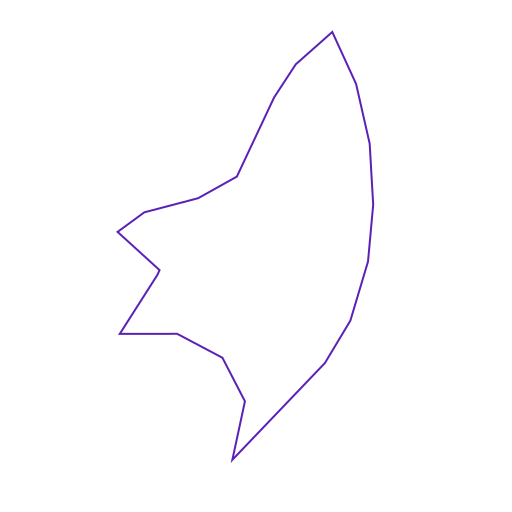 the border of Kermadec Islands, rotated 69°
{"feature_id": "NZL-5471", "entity_name": "Kermadec Islands", "entity_type": "state/province", "adm_level": 1, "iso_a3": "NZL", "parent_name": "New Zealand", "parent_adm1": "", "projection": "equal_earth", "projection_center": [-177.908, -29.257], "detail": "fine", "context": "isolated", "style": "outline", "palette": "violet", "viewbox_px": 512, "rotation_deg": 69, "n_neighbors": 0, "source": "natural_earth", "source_scale": "10m", "svg_char_len": 415}
<svg xmlns="http://www.w3.org/2000/svg" viewBox="0 0 512 512"><g transform="rotate(69 256 256)"><path d="M234.6,351.1L183.9,376.6L175.2,344.6L181.3,289.3L175.0,245.4L114.4,182.2L91.3,150.2L74.2,104.5L131.2,100.9L191.8,109.6L250.1,128.2L301.3,153.4L350.2,191.1L380.6,230.0L437.8,351.1L387.7,318.4L339.0,323.8L300.4,357.5L279.9,411.1L238.2,354.7L234.6,351.1Z" fill="none" stroke="#5b21b6" stroke-width="2"/></g></svg>